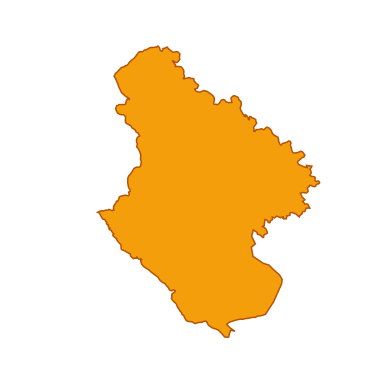 the district of Kadiolo, Sikasso, Mali, rotated 130°
{"feature_id": "8926073B46210070398927", "entity_name": "Kadiolo", "entity_type": "district", "adm_level": 2, "iso_a3": "MLI", "parent_name": "Mali", "parent_adm1": "Sikasso", "projection": "equal_earth", "projection_center": [-5.916, 10.605], "detail": "fine", "context": "isolated", "style": "filled", "palette": "amber", "viewbox_px": 384, "rotation_deg": 130, "n_neighbors": 0, "source": "geoboundaries", "source_scale": "gbopen_adm2", "svg_char_len": 6040}
<svg xmlns="http://www.w3.org/2000/svg" viewBox="0 0 384 384"><g transform="rotate(130 192 192)"><path d="M272.8,73.3L271.1,69.5L271.6,75.7L271.2,80.3L267.6,79.7L260.9,75.3L258.3,73.2L256.7,71.0L255.5,70.5L252.8,67.9L249.6,65.5L247.2,62.8L245.1,62.1L242.4,59.6L238.5,57.1L223.7,58.9L204.8,64.3L201.1,66.7L199.3,71.5L199.1,79.7L198.5,86.0L200.8,91.5L202.1,103.9L196.2,111.0L191.0,110.2L187.7,117.7L181.7,120.7L181.1,116.4L182.3,114.7L181.1,112.1L181.4,108.7L180.8,108.0L178.8,109.2L177.7,109.0L175.2,107.8L174.0,109.0L172.7,112.2L173.0,115.8L171.3,115.0L170.2,115.9L166.1,118.4L165.3,115.8L166.3,114.0L165.6,112.7L164.8,112.7L163.6,113.4L161.5,112.6L159.6,114.4L158.9,112.1L155.9,111.6L154.9,107.8L152.3,106.2L153.7,105.6L153.7,104.4L151.8,102.5L149.2,104.1L148.7,103.2L146.7,102.1L145.1,103.5L143.5,102.4L142.1,98.6L142.1,93.8L141.1,94.2L137.8,93.7L136.8,94.5L135.5,94.3L134.5,93.0L131.0,94.2L128.6,91.4L126.9,95.6L128.5,97.7L128.1,101.2L125.4,100.5L125.0,104.5L123.4,108.2L122.6,107.5L121.7,107.3L120.5,105.8L119.3,103.7L117.0,103.4L114.9,106.0L113.7,106.1L112.7,105.7L111.3,106.3L110.4,104.9L110.3,103.8L109.4,101.7L108.0,101.0L107.4,101.4L105.5,101.3L104.5,100.3L102.9,100.1L102.3,101.3L102.5,102.6L104.3,103.9L104.1,105.2L101.6,107.2L101.8,108.3L103.2,110.7L103.4,112.5L100.9,112.9L100.0,113.7L98.7,116.2L96.4,116.4L95.1,116.8L98.1,121.4L99.3,119.4L100.5,122.0L102.4,127.9L101.7,129.8L100.8,130.6L94.6,129.7L93.3,128.7L91.1,129.3L90.3,133.1L90.5,134.2L91.2,135.1L92.4,135.6L94.6,137.0L96.5,138.8L96.9,140.6L96.0,142.2L94.2,144.5L93.0,146.7L90.9,147.6L90.0,149.4L90.8,150.8L93.1,151.4L96.8,153.9L98.3,153.9L98.9,154.1L99.0,155.0L97.8,157.7L95.6,160.1L94.8,161.5L95.6,165.2L95.6,167.2L95.2,168.8L94.1,170.3L93.7,172.0L93.5,173.8L93.8,175.4L94.4,176.5L98.2,177.0L98.7,179.0L99.2,179.7L101.2,180.9L102.9,182.9L105.3,182.8L105.7,183.5L105.4,184.2L104.6,184.3L102.8,186.4L97.7,186.7L96.7,188.7L95.7,189.5L95.7,191.5L96.7,193.8L96.4,195.3L97.0,196.2L98.9,195.4L99.3,194.8L99.9,194.6L100.3,195.3L99.0,196.6L98.5,198.7L98.3,200.2L98.9,200.9L99.4,200.6L99.9,199.7L100.3,200.3L99.9,201.4L99.6,203.0L98.0,207.1L97.1,208.6L96.4,209.3L94.8,209.7L93.1,210.6L91.4,212.3L91.0,215.9L90.1,216.9L89.9,217.9L91.0,221.5L92.0,222.2L93.7,222.5L94.6,222.6L95.5,222.0L97.7,219.0L100.0,221.4L100.2,222.1L100.8,223.0L101.1,223.9L100.5,226.1L101.0,227.3L101.9,228.2L103.1,228.6L106.6,228.1L108.0,228.4L109.1,229.0L109.3,229.9L110.7,231.6L110.3,232.4L107.6,233.7L105.9,235.2L105.1,236.6L104.8,238.0L104.8,240.4L105.3,245.5L106.1,246.8L106.5,248.1L109.7,249.7L111.0,250.8L112.2,253.7L111.5,256.0L111.1,256.1L110.6,255.5L109.2,254.7L108.4,254.8L107.7,255.2L106.6,255.2L106.2,255.6L105.9,256.6L106.2,258.0L105.7,260.9L105.3,262.2L104.2,263.3L104.5,264.5L105.2,264.9L105.7,265.8L105.8,267.0L106.6,268.1L109.4,270.2L110.4,270.7L110.7,271.5L110.1,271.8L108.8,271.8L108.1,272.3L106.7,274.5L104.9,275.6L103.9,277.1L103.4,278.6L103.2,280.9L104.0,282.4L104.7,283.1L105.4,284.2L106.5,285.0L106.6,285.5L105.3,286.1L105.2,287.3L104.1,291.2L103.7,291.0L103.4,290.3L103.5,288.3L103.3,287.5L102.4,286.8L100.9,286.4L98.4,286.6L96.6,288.4L94.1,289.9L93.9,290.9L93.8,292.8L94.3,293.9L96.9,296.1L97.3,296.9L97.4,301.9L97.0,304.3L99.3,305.2L100.8,306.5L101.4,305.9L103.3,305.4L103.7,306.0L103.9,307.4L102.7,309.1L102.1,310.8L102.1,312.0L103.9,312.4L104.5,313.3L105.5,313.8L107.3,316.0L108.8,317.1L111.5,318.0L114.0,319.7L116.6,320.2L118.2,322.3L119.5,322.7L126.4,322.2L130.3,323.1L133.0,323.4L136.4,323.0L138.2,324.4L139.2,324.1L141.2,325.7L142.2,326.1L148.7,326.5L150.5,326.9L151.5,326.4L153.4,326.1L154.4,323.2L156.3,319.4L158.6,315.5L161.2,309.8L161.4,304.0L160.7,300.5L160.8,299.7L161.4,299.4L162.0,301.3L163.5,301.2L167.5,299.5L168.4,299.9L171.8,304.0L173.2,304.4L174.3,305.1L177.2,304.1L177.9,303.0L179.4,299.9L179.0,297.8L178.4,295.9L176.9,294.4L176.8,292.6L177.5,290.9L180.6,288.6L181.4,287.5L181.6,286.3L180.6,281.3L181.5,279.2L180.9,275.6L181.6,274.3L182.0,273.0L181.4,270.7L182.1,269.9L182.6,268.2L185.4,268.9L187.0,268.4L188.4,267.6L189.7,266.0L190.0,264.9L192.3,263.8L193.1,263.1L193.2,261.6L194.0,259.5L196.2,255.4L197.7,254.0L199.8,252.8L201.3,250.5L202.4,249.7L205.7,248.0L207.0,248.4L208.3,250.1L209.8,251.1L211.6,251.6L215.5,250.8L220.2,250.8L221.8,250.4L223.1,249.7L226.0,247.4L228.6,244.5L229.6,242.9L229.9,241.4L230.7,240.2L231.5,239.7L232.6,240.4L233.3,240.1L234.0,238.6L234.7,238.2L236.0,238.5L237.4,241.2L238.9,242.4L241.2,244.0L242.6,244.5L246.1,243.0L246.9,243.0L247.5,243.9L249.8,243.2L252.3,243.1L253.7,242.6L254.7,241.8L256.2,240.2L256.9,241.1L257.7,241.2L258.3,243.6L259.1,244.7L260.0,244.8L261.1,246.2L263.5,247.7L264.3,249.0L265.7,250.1L266.6,250.6L268.2,251.2L267.7,249.9L268.1,248.3L269.8,244.3L270.0,243.0L269.8,242.0L269.2,241.2L269.2,240.4L270.1,239.3L269.9,237.9L270.3,237.4L271.2,237.2L271.4,236.1L271.0,235.3L271.1,234.6L271.9,234.5L272.4,233.5L272.4,231.6L273.0,231.5L273.5,231.9L273.9,230.9L273.2,229.0L273.8,228.4L273.9,227.5L274.3,226.9L274.2,225.2L274.9,224.7L275.8,225.1L276.4,224.0L276.4,220.9L276.1,220.0L276.9,219.1L277.5,217.3L277.9,214.9L277.9,213.5L278.5,212.2L281.3,209.4L281.3,208.5L280.3,205.5L279.6,201.2L279.0,199.6L280.5,198.0L280.8,194.2L279.8,193.5L278.5,192.1L277.8,192.6L277.2,192.5L277.7,190.9L277.4,189.0L275.9,188.0L275.8,187.5L276.3,187.2L277.0,187.7L277.7,187.1L279.6,184.4L280.2,180.9L279.4,174.7L279.6,171.7L279.1,163.4L280.2,160.0L280.2,156.1L279.6,154.3L279.8,152.8L280.2,151.3L280.2,149.9L280.7,148.1L281.5,146.5L281.3,145.0L280.7,144.2L280.2,143.6L279.3,143.6L278.6,143.0L278.4,141.6L279.3,140.9L282.9,141.8L284.0,141.3L285.8,139.7L286.7,139.4L287.2,138.1L287.7,135.7L287.7,133.1L288.1,131.6L289.2,129.6L289.7,128.3L291.0,124.0L291.1,122.7L291.4,121.9L292.1,121.4L292.0,119.1L293.6,115.5L294.1,113.8L294.0,112.4L291.7,108.9L291.2,107.5L291.1,106.0L290.8,105.1L287.1,102.6L285.5,100.6L284.1,100.2L282.9,99.3L281.8,97.7L282.9,95.5L283.5,93.7L283.1,89.3L281.0,83.9L280.9,82.5L281.3,78.1L282.1,73.9L280.4,71.3L279.5,70.6L276.6,72.2L273.6,73.4L272.8,73.3Z" fill="#f59e0b" stroke="#b45309" stroke-width="1.5"/></g></svg>